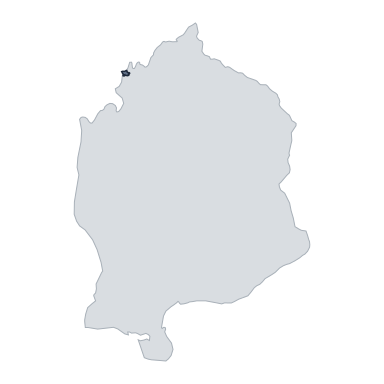 location of Moldova Noua, Caras-Severin, Romania, rotated 90°
{"feature_id": "2599482B11325322412339", "entity_name": "Moldova Noua", "entity_type": "district", "adm_level": 2, "iso_a3": "ROU", "parent_name": "Romania", "parent_adm1": "Caras-Severin", "projection": "albers", "projection_center": [21.687, 44.747], "detail": "fine", "context": "in_parent", "style": "filled", "palette": "slate", "viewbox_px": 384, "rotation_deg": 90, "n_neighbors": 0, "source": "geoboundaries", "source_scale": "gbopen_adm2", "svg_char_len": 4568}
<svg xmlns="http://www.w3.org/2000/svg" viewBox="0 0 384 384"><g transform="rotate(90 192 192)"><path d="M306.9,213.2L311.1,218.1L316.0,220.5L327.4,222.5L328.3,222.1L328.4,221.5L327.5,220.8L327.3,219.9L327.8,218.6L329.3,218.4L331.9,219.3L336.5,217.3L343.1,212.5L349.4,211.0L355.5,212.9L358.8,215.5L361.0,218.1L360.7,221.5L360.5,223.7L359.8,232.5L359.1,235.9L357.7,239.7L339.8,245.8L340.8,243.6L340.0,239.9L339.0,237.2L340.5,234.6L336.3,234.1L334.6,235.6L333.4,238.1L335.2,243.5L333.4,246.7L332.8,248.5L333.1,252.5L332.0,254.4L332.0,256.3L334.9,255.6L333.9,259.2L328.9,266.3L327.3,270.5L329.1,286.3L327.5,295.9L327.5,298.7L321.6,299.3L319.8,299.3L314.1,298.3L307.6,296.3L303.5,291.7L300.9,288.4L295.7,290.3L294.6,290.0L293.0,288.4L288.9,287.6L284.0,287.9L272.4,282.3L271.1,281.3L262.5,282.9L249.6,286.9L239.8,291.4L229.9,298.9L225.9,304.4L221.2,307.4L214.3,309.8L201.9,309.6L188.9,307.5L174.9,305.1L167.4,306.9L157.3,306.1L141.9,303.0L130.5,302.3L119.3,304.4L117.4,302.9L117.0,301.2L117.4,298.7L118.9,296.7L121.6,295.1L123.0,293.6L123.1,292.0L120.0,289.5L113.8,286.2L111.2,284.0L110.6,283.5L110.4,281.6L109.1,280.0L106.6,279.0L104.8,277.0L103.4,274.1L103.7,271.3L105.5,268.7L107.9,267.5L110.8,267.9L112.0,267.1L111.5,265.3L108.7,263.0L103.4,260.3L98.1,261.8L92.7,267.8L88.8,268.7L86.4,264.8L82.1,262.4L76.0,261.7L72.2,260.2L70.8,257.9L68.1,256.1L62.3,254.3L62.2,252.5L63.1,252.1L65.2,251.9L68.0,251.5L68.5,250.5L68.5,249.6L66.3,248.4L64.1,247.6L62.9,246.8L62.2,245.9L62.0,245.0L62.7,244.3L63.6,244.3L64.5,243.8L65.0,241.6L66.2,239.9L67.0,239.2L67.0,237.9L66.1,236.7L64.9,235.6L63.1,235.0L57.6,233.1L54.8,230.5L53.0,230.4L50.3,229.0L47.4,226.7L44.9,223.5L42.2,221.5L41.5,220.6L41.4,219.8L41.9,218.9L41.9,218.0L41.2,214.9L41.8,211.6L41.7,208.5L41.7,207.1L41.1,206.7L40.7,207.1L40.0,207.7L39.3,207.8L37.3,205.5L34.9,200.9L33.2,199.4L29.8,197.2L27.1,195.4L25.1,191.6L23.0,188.6L24.4,187.4L32.5,185.8L36.2,187.5L37.9,186.9L39.5,185.5L40.4,184.5L40.6,183.3L41.4,181.8L44.1,181.2L51.3,182.1L54.2,180.1L55.2,179.0L55.9,176.5L56.7,174.6L59.2,173.5L59.2,171.7L58.8,169.8L60.3,165.4L61.2,163.6L62.7,162.9L64.4,161.6L67.4,158.7L66.7,156.2L67.3,154.4L70.5,149.9L72.9,145.5L72.8,143.3L73.2,141.4L75.3,139.4L77.5,136.6L80.4,128.2L81.4,126.7L83.3,125.1L84.7,123.5L84.8,118.0L86.1,116.4L88.7,114.5L91.2,111.6L93.2,108.2L94.8,106.6L96.8,106.1L99.1,104.8L101.6,104.2L104.1,104.9L105.6,104.5L108.0,102.8L113.9,96.5L114.7,95.2L115.9,94.3L120.7,92.1L121.9,89.9L123.5,87.9L125.7,88.0L132.8,92.7L140.3,92.2L141.7,92.4L142.1,92.5L143.1,92.8L153.1,95.0L154.7,94.7L155.1,94.4L159.2,96.3L162.7,95.9L166.1,94.4L169.6,93.9L172.8,94.6L175.4,97.3L182.0,102.9L184.0,105.0L186.9,104.6L190.1,103.3L193.2,99.3L203.1,94.4L210.7,92.9L218.1,90.7L226.7,89.0L229.0,85.2L230.3,82.7L231.0,78.0L235.6,76.4L239.9,75.2L241.5,74.5L244.7,74.2L247.2,74.4L251.2,76.4L254.1,79.1L255.3,81.3L257.8,84.3L260.5,88.6L263.6,94.4L264.4,97.4L265.7,100.6L268.0,104.4L272.1,108.5L272.7,109.3L274.7,112.3L278.6,118.9L281.6,121.4L284.3,124.2L285.7,127.2L287.7,129.7L292.1,133.0L295.8,136.1L299.2,145.3L301.5,149.5L303.0,152.7L302.9,159.5L303.9,162.3L302.8,167.7L300.8,178.5L300.8,187.0L301.6,191.5L301.9,194.4L302.8,196.2L303.8,200.0L304.2,203.4L303.3,204.4L301.9,205.3L301.4,206.0L302.8,207.4L304.8,210.1L306.9,213.2Z" fill="#d9dde1" stroke="#a8b0b8" stroke-width="1"/><path d="M75.6,260.5L75.5,260.4L75.6,260.2L75.8,260.3L75.8,260.2L75.8,259.9L75.8,259.7L75.7,259.7L75.4,259.5L75.4,259.4L75.2,259.4L75.3,259.5L75.2,259.5L75.2,259.4L74.9,259.4L74.8,259.2L75.0,259.1L75.0,258.9L75.0,259.0L75.1,258.9L75.1,258.7L75.3,258.3L75.4,258.1L75.5,257.9L75.4,257.6L75.4,257.4L75.5,257.2L75.3,256.9L75.6,256.6L75.7,256.4L75.6,256.2L75.7,255.9L75.8,255.9L75.7,255.9L75.6,255.7L75.4,255.5L75.3,255.4L75.2,255.3L75.0,255.5L74.9,255.6L74.7,255.5L74.7,255.4L74.5,255.2L74.4,255.1L74.2,255.1L74.1,254.9L73.9,254.8L73.9,254.7L73.7,254.6L73.4,254.7L73.2,254.6L73.1,254.4L72.9,254.5L72.8,254.8L72.7,254.9L72.6,255.0L72.6,255.3L72.8,255.5L72.9,255.8L72.7,256.1L72.4,256.3L72.4,256.5L72.2,256.8L71.8,256.8L71.7,256.9L71.4,256.9L71.3,257.0L71.2,257.0L70.9,257.1L71.0,257.2L71.0,257.3L70.9,257.3L70.7,257.5L70.5,257.8L70.7,258.1L70.8,258.2L70.9,258.3L71.0,258.5L71.1,258.8L71.2,259.1L71.3,259.4L71.4,259.6L71.5,259.9L71.5,260.0L71.4,260.3L71.3,260.5L71.3,260.9L71.3,261.4L71.4,261.6L71.5,261.9L71.5,262.0L71.6,262.3L73.5,261.4L73.6,261.2L73.8,261.2L74.0,261.1L74.1,260.9L74.2,260.7L74.3,260.7L74.4,260.4L74.5,260.3L74.7,260.5L74.8,260.6L75.0,260.6L75.4,260.8L75.4,260.7L75.5,260.7L75.6,260.5Z" fill="#64748b" stroke="#1e293b" stroke-width="1.5"/></g></svg>